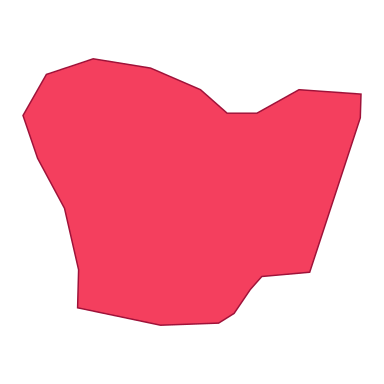 map outline of Beirut (Robinson projection)
{"feature_id": "LBN-3024", "entity_name": "Beirut", "entity_type": "Province", "adm_level": 1, "iso_a3": "LBN", "parent_name": "Lebanon", "parent_adm1": "", "projection": "robinson", "projection_center": [35.507, 33.887], "detail": "fine", "context": "isolated", "style": "filled", "palette": "rose", "viewbox_px": 384, "rotation_deg": 0, "n_neighbors": 0, "source": "natural_earth", "source_scale": "10m", "svg_char_len": 370}
<svg xmlns="http://www.w3.org/2000/svg" viewBox="0 0 384 384"><path d="M77.6,307.8L78.6,269.8L64.5,208.3L37.6,158.3L23.0,115.5L46.4,74.4L93.2,58.8L150.6,68.1L200.5,89.7L227.1,113.2L256.9,113.2L299.0,89.7L361.0,94.1L360.3,117.8L309.7,272.2L261.8,276.5L250.3,289.5L234.1,313.4L218.6,323.1L160.5,325.2L77.6,307.8Z" fill="#f43f5e" stroke="#9f1239" stroke-width="1.5"/></svg>